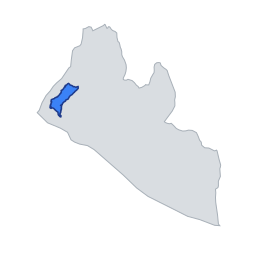 Golakonneh, Grand Cape Mount, Liberia (highlighted), rotated 355°
{"feature_id": "62588387B70898832426748", "entity_name": "Golakonneh", "entity_type": "district", "adm_level": 2, "iso_a3": "LBR", "parent_name": "Liberia", "parent_adm1": "Grand Cape Mount", "projection": "natural_earth1", "projection_center": [-10.924, 7.106], "detail": "fine", "context": "in_parent", "style": "filled", "palette": "blue", "viewbox_px": 256, "rotation_deg": 355, "n_neighbors": 0, "source": "geoboundaries", "source_scale": "gbopen_adm2", "svg_char_len": 5373}
<svg xmlns="http://www.w3.org/2000/svg" viewBox="0 0 256 256"><g transform="rotate(355 128 128)"><path d="M38.9,104.8L41.2,102.5L44.6,95.3L49.3,88.4L53.7,84.3L57.2,80.0L60.9,76.8L66.2,73.0L74.3,63.0L76.2,61.9L77.5,55.0L79.5,46.2L81.8,43.5L87.3,41.8L88.6,40.3L90.6,34.1L91.8,26.9L91.9,25.4L94.1,25.2L97.8,23.6L100.0,24.3L100.9,26.4L101.4,28.1L112.7,23.7L113.6,22.7L114.2,22.9L115.7,26.9L116.5,26.7L117.2,25.5L117.9,25.4L118.8,26.0L119.7,27.8L121.1,29.5L123.5,30.7L125.1,32.4L124.9,36.7L125.5,40.9L126.6,41.9L127.1,44.4L127.4,47.2L128.0,48.6L128.4,51.4L128.2,54.4L128.7,56.5L130.4,60.1L131.6,64.7L131.6,67.9L130.9,71.3L129.7,74.4L127.7,77.8L127.5,79.2L128.7,80.0L130.6,80.2L132.2,79.5L136.2,81.1L138.3,83.3L140.1,86.1L141.7,87.5L142.5,89.2L145.3,88.7L148.6,87.1L149.3,86.3L150.3,86.7L152.4,86.9L153.9,83.8L155.0,80.4L157.6,76.6L158.8,75.1L159.2,72.7L159.3,69.6L160.2,66.9L162.3,65.5L164.6,65.5L165.8,66.0L166.4,68.6L168.3,70.6L169.8,72.0L170.7,72.6L172.0,74.1L173.2,79.4L178.1,96.4L177.9,101.0L176.9,104.1L176.9,107.1L176.6,110.1L173.6,114.9L164.8,124.8L165.5,125.7L167.6,126.8L169.7,127.4L171.5,127.1L173.7,129.6L176.1,132.7L178.6,134.3L182.2,135.8L185.3,135.9L188.0,135.4L191.8,136.0L195.8,138.6L197.3,142.8L198.3,146.5L199.7,148.4L199.9,151.6L202.7,154.4L206.8,155.0L212.1,158.3L213.5,158.1L214.1,157.7L214.7,158.4L216.1,167.9L217.1,173.0L216.6,175.0L215.9,176.6L215.8,184.3L213.4,188.8L213.0,193.6L212.4,195.2L209.8,196.6L209.8,200.3L209.1,204.8L208.9,209.6L209.6,222.2L209.7,231.5L210.9,233.3L205.9,232.5L191.2,225.4L179.9,221.3L142.0,197.9L131.4,188.5L119.3,174.6L92.3,146.5L86.1,142.0L78.4,139.8L73.6,137.4L70.2,134.8L67.4,127.0L60.7,122.3L48.3,115.8L38.9,104.8Z" fill="#d9dde1" stroke="#a8b0b8" stroke-width="1"/><path d="M61.9,111.1L61.9,110.7L62.1,110.5L62.3,110.4L62.3,110.1L62.3,109.9L62.2,109.8L62.1,109.6L61.8,109.2L61.6,109.1L61.5,108.9L61.4,108.7L61.4,108.3L61.4,108.1L61.4,107.9L61.6,107.6L61.8,107.5L61.9,107.3L61.9,107.0L62.1,106.8L62.1,106.6L62.4,106.4L62.4,106.1L62.4,105.8L62.5,105.6L62.6,105.4L62.5,105.2L62.8,105.0L62.7,104.8L62.6,104.5L62.7,104.2L62.9,104.1L63.0,103.8L63.1,103.7L63.3,103.5L63.4,103.3L63.4,102.6L63.3,102.4L63.2,102.3L63.2,102.2L63.3,101.9L63.5,101.7L63.6,101.4L63.6,101.2L63.7,100.8L63.7,100.7L63.5,100.3L63.5,100.2L63.4,100.1L63.1,99.9L62.9,99.7L63.0,99.6L63.2,99.3L63.4,99.3L63.5,99.3L63.7,99.2L63.8,99.1L64.0,99.3L64.3,99.3L64.5,99.1L64.6,98.8L64.6,98.6L64.7,98.4L64.8,98.2L64.9,97.9L65.0,97.8L65.3,97.6L65.4,97.3L65.5,97.2L65.8,97.0L65.9,96.9L66.0,96.9L66.2,96.7L66.4,96.5L66.7,96.3L66.8,96.3L67.0,96.2L67.3,96.2L67.5,96.0L67.9,95.8L68.1,95.7L68.2,95.3L68.1,95.2L68.3,94.9L68.7,94.8L68.8,94.7L69.0,94.4L69.5,94.4L69.9,94.3L69.9,94.2L70.1,94.1L70.4,94.0L70.6,94.0L70.8,94.0L71.0,93.9L71.1,93.7L71.4,93.1L71.7,92.7L71.8,92.6L71.8,92.4L71.9,92.2L72.0,92.1L72.4,91.8L72.5,91.6L72.7,91.3L72.8,91.2L73.2,90.9L73.5,90.6L73.8,90.5L74.0,90.4L74.4,90.2L74.6,90.1L74.8,90.1L75.2,89.8L75.9,89.2L76.0,89.1L76.5,88.6L77.1,88.1L77.5,87.9L77.8,87.7L78.0,87.3L78.3,87.1L78.4,86.9L78.6,86.7L79.0,86.6L79.5,86.2L80.0,85.9L80.3,85.7L80.5,85.5L80.6,85.3L80.8,85.0L81.2,84.7L81.5,84.6L81.7,84.4L81.8,84.1L81.9,83.8L81.9,83.6L81.9,83.2L81.9,82.7L81.9,82.3L81.7,82.3L81.4,82.4L81.2,82.5L80.7,82.6L80.4,82.6L80.2,82.7L79.9,82.9L79.6,82.9L79.1,82.6L78.7,82.4L78.2,82.1L77.5,82.1L77.3,82.1L77.1,82.1L76.9,81.9L76.8,81.6L75.8,80.8L74.5,80.3L73.7,79.8L73.6,79.3L72.7,78.4L72.4,78.5L72.1,78.6L71.6,78.8L71.4,79.0L71.1,79.4L71.0,79.5L70.7,79.6L70.4,79.9L70.2,80.0L69.7,80.0L69.4,80.0L69.2,80.3L68.9,80.7L68.9,80.8L69.2,81.0L69.3,81.1L69.3,81.3L69.2,81.5L68.9,81.6L68.8,81.4L68.6,81.3L68.4,81.5L68.1,81.9L67.8,82.4L67.5,82.7L67.4,82.9L67.3,83.0L67.2,83.2L67.0,83.3L66.9,83.5L66.6,83.8L66.4,83.9L66.2,84.2L65.9,84.2L65.8,84.4L65.7,84.5L65.4,84.6L65.2,84.6L64.9,84.7L64.7,84.8L64.7,85.1L64.8,85.3L64.8,85.5L64.8,85.8L64.6,86.1L64.5,86.4L64.4,86.6L64.3,86.8L64.5,87.0L64.4,87.2L64.1,87.3L63.9,87.4L63.8,87.5L63.7,87.7L63.5,87.8L63.3,88.1L63.1,88.4L62.9,88.4L62.8,88.5L62.7,88.8L62.4,89.0L62.1,89.4L61.8,89.7L61.7,89.8L61.3,90.0L61.2,90.2L61.0,90.3L60.8,90.6L60.5,90.5L60.4,90.5L60.2,90.8L60.1,90.7L59.7,91.0L59.4,91.2L59.1,91.3L58.8,91.4L58.6,91.3L58.3,91.4L58.0,91.5L57.8,91.6L57.7,91.7L57.5,92.0L57.3,92.2L57.2,92.2L57.0,92.3L56.8,92.4L56.6,92.4L56.3,92.4L56.1,92.5L55.6,92.7L55.4,92.7L55.2,92.7L55.0,92.8L54.5,92.9L54.3,93.0L54.2,93.2L54.0,93.3L54.0,93.5L53.9,93.7L53.9,93.9L53.8,94.1L53.7,94.5L53.7,94.8L53.7,94.7L53.9,94.7L54.0,94.7L54.1,94.8L54.1,95.1L54.2,95.3L54.0,95.6L53.9,95.6L54.0,95.8L53.9,95.9L53.8,96.0L53.7,96.2L53.6,96.3L53.6,96.5L53.4,96.8L53.5,97.0L53.4,97.1L53.4,97.4L53.4,97.5L53.2,97.6L53.1,97.8L53.0,98.0L52.9,98.3L52.6,98.4L52.5,98.5L52.6,98.8L52.8,98.8L52.7,99.1L52.6,99.3L52.6,99.5L52.8,99.5L53.0,99.7L53.1,99.9L53.1,100.1L52.9,100.1L53.1,100.3L53.1,100.5L53.3,100.8L53.2,100.9L52.7,100.7L52.4,100.8L52.5,100.9L52.6,101.1L52.7,101.3L52.6,101.5L52.9,101.6L53.1,101.7L53.3,101.6L53.5,101.6L53.8,101.4L54.0,101.4L54.3,101.4L54.5,101.4L54.7,101.5L55.1,101.7L55.3,101.8L55.5,101.9L55.7,102.0L55.8,102.2L56.1,102.5L56.4,102.9L56.7,103.2L56.7,103.3L56.9,103.4L57.1,103.7L57.2,103.9L57.3,104.0L58.0,104.7L58.3,105.1L58.5,105.2L58.8,105.5L59.0,105.7L59.3,106.0L59.5,106.0L59.6,106.6L59.6,108.3L59.9,109.2L60.7,110.1L61.1,110.7L61.3,110.8L61.5,110.9L61.6,111.0L61.8,111.1L61.9,111.1Z" fill="#3b82f6" stroke="#1e3a8a" stroke-width="1.5"/></g></svg>